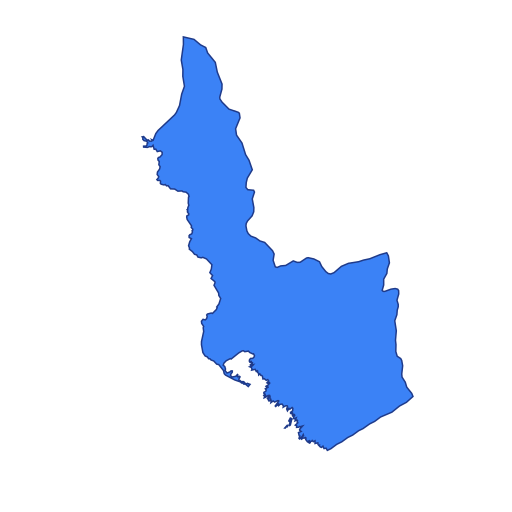 outline of Sabana de la Mar, Hato Mayor, Dominican Republic, rotated 227°
{"feature_id": "3306468B29734552826956", "entity_name": "Sabana de la Mar", "entity_type": "district", "adm_level": 2, "iso_a3": "DOM", "parent_name": "Dominican Republic", "parent_adm1": "Hato Mayor", "projection": "equal_earth", "projection_center": [-69.405, 19.01], "detail": "fine", "context": "isolated", "style": "filled", "palette": "blue", "viewbox_px": 512, "rotation_deg": 227, "n_neighbors": 0, "source": "geoboundaries", "source_scale": "gbopen_adm2", "svg_char_len": 6102}
<svg xmlns="http://www.w3.org/2000/svg" viewBox="0 0 512 512"><g transform="rotate(227 256 256)"><path d="M412.1,259.1L411.4,259.0L411.1,258.1L412.5,256.5L414.2,256.5L414.2,255.9L416.3,255.3L420.0,255.3L420.7,254.0L419.7,254.0L418.6,252.8L416.7,252.8L414.6,254.3L412.5,254.0L412.5,253.1L411.4,251.8L411.4,250.6L413.0,248.7L412.3,248.1L409.5,250.6L408.6,252.8L407.4,253.7L407.0,254.7L407.2,256.2L403.5,254.3L402.5,255.6L399.7,255.0L398.1,257.8L395.8,258.1L394.2,256.5L393.9,253.1L394.6,251.8L394.2,250.6L392.8,249.7L391.1,249.7L389.0,247.2L386.7,246.8L385.3,244.7L384.6,241.2L383.0,239.3L380.4,239.0L379.7,237.8L379.5,235.6L378.3,235.6L376.9,237.2L375.8,237.2L374.4,235.6L373.2,235.6L370.7,237.2L370.2,238.4L368.3,238.4L367.4,239.7L363.4,239.3L360.4,242.2L356.7,243.1L354.1,246.2L352.7,246.5L350.4,248.4L347.2,248.7L345.1,247.5L345.1,246.8L340.9,242.5L339.0,241.5L337.6,238.7L336.7,238.1L336.9,237.2L335.3,236.8L335.1,235.9L332.7,235.6L332.0,234.7L332.5,232.8L331.8,231.9L329.7,230.6L322.0,229.4L321.1,228.1L318.8,228.1L318.1,227.5L318.1,226.5L316.9,225.9L316.0,224.0L316.7,222.2L316.5,220.9L315.1,219.7L312.7,220.6L311.6,217.2L309.5,213.7L307.2,212.8L306.5,211.9L302.5,212.5L299.2,212.2L297.2,213.4L294.8,212.8L292.0,214.7L291.3,216.2L287.6,217.8L279.7,217.8L276.9,214.4L275.3,210.9L271.3,210.9L270.2,207.8L265.3,208.4L264.4,207.8L263.2,205.3L254.4,203.4L252.5,201.9L249.0,201.2L246.2,196.2L245.5,192.5L244.8,192.5L243.9,190.6L243.7,185.0L244.8,184.4L246.7,180.9L246.5,179.7L245.1,179.1L243.9,177.2L243.9,175.3L245.8,174.1L245.5,171.6L243.7,170.3L240.2,169.7L239.5,168.4L236.5,166.3L230.6,157.8L228.3,155.6L221.6,151.3L217.6,150.6L215.3,151.6L213.2,151.3L212.3,152.2L210.6,152.2L208.1,153.5L203.7,153.5L202.0,154.7L194.4,154.1L191.6,152.5L189.7,152.5L179.9,155.9L174.4,158.8L173.0,158.8L172.0,159.7L170.6,159.7L169.5,160.9L165.8,161.3L166.2,164.1L168.8,162.8L169.2,161.3L172.5,161.3L174.4,159.4L175.8,159.4L176.2,158.8L177.6,159.4L178.5,161.9L179.2,161.9L179.9,160.3L180.9,160.3L181.3,161.6L182.0,161.6L181.8,159.1L183.9,155.9L186.0,155.9L186.7,156.9L187.2,159.4L188.1,160.3L189.0,159.4L189.0,157.8L190.2,155.0L193.4,155.3L194.1,156.6L196.5,157.8L198.5,157.5L199.5,159.4L199.7,162.8L198.5,167.2L197.6,167.5L196.9,177.2L196.0,181.2L195.3,182.2L193.7,182.5L191.6,185.6L189.7,185.6L186.5,186.9L186.2,187.5L184.1,186.9L183.4,185.6L183.4,183.7L184.8,182.2L184.6,180.6L183.7,179.4L182.7,179.4L182.0,181.2L182.0,179.4L180.4,180.6L179.7,179.7L180.2,179.1L180.2,177.5L179.7,177.5L178.3,180.0L178.1,178.4L179.2,175.9L177.6,176.6L176.0,175.9L175.5,175.0L173.7,178.1L171.6,177.5L171.3,178.7L170.6,178.7L170.4,177.8L168.3,177.8L167.2,176.9L167.2,178.4L165.3,178.1L164.8,178.7L163.7,178.7L161.3,177.2L160.6,178.4L158.1,178.7L157.6,180.3L156.0,180.0L155.8,177.5L154.8,177.8L154.4,179.4L153.7,179.4L153.4,176.9L153.9,174.4L153.2,174.4L152.7,175.6L151.8,175.3L152.5,172.2L151.1,172.2L150.4,170.9L150.9,168.8L150.2,168.1L148.8,168.4L148.8,166.6L147.4,166.6L146.7,165.3L146.2,166.6L147.2,167.8L146.0,167.8L145.8,169.7L144.8,170.9L143.9,170.6L144.4,169.1L144.1,167.2L143.4,167.2L143.0,168.4L142.5,166.9L141.1,166.6L140.6,167.8L141.3,169.1L139.7,168.4L138.6,166.9L138.3,169.7L136.5,170.0L135.5,173.1L134.8,173.8L134.4,173.8L133.2,167.8L132.5,167.8L132.7,171.6L132.3,171.6L132.0,170.3L131.1,170.3L131.1,172.5L129.9,174.1L127.6,173.8L126.9,172.8L126.2,175.6L125.3,176.6L124.6,176.6L123.2,174.1L121.3,173.4L121.6,174.7L122.3,174.7L122.3,176.2L120.9,176.2L120.6,179.1L119.5,179.1L117.8,177.2L118.1,174.7L117.6,174.1L117.2,174.1L117.2,175.6L116.2,175.6L116.0,174.7L114.8,175.3L114.8,174.1L114.1,173.8L113.7,175.9L113.0,175.6L112.7,173.8L111.6,172.8L110.9,172.8L110.2,175.0L108.8,172.2L108.1,174.1L107.2,174.1L106.5,172.8L105.5,172.8L105.5,169.4L104.1,170.0L103.0,168.8L101.6,170.6L101.6,171.6L100.9,172.2L99.9,171.6L100.4,173.1L99.9,174.1L99.5,169.7L98.8,169.1L96.9,169.4L97.9,166.6L95.1,165.0L94.4,165.3L93.4,163.1L92.5,163.1L92.5,166.9L93.2,168.8L92.3,168.4L92.0,166.6L91.3,165.9L91.6,164.4L90.9,164.4L90.9,166.3L89.9,166.9L89.9,168.1L89.5,168.4L88.8,168.4L87.9,167.2L85.1,166.9L84.6,169.1L83.9,169.1L84.4,167.2L82.7,167.5L82.5,168.4L83.2,169.1L82.5,170.6L82.7,171.3L81.1,171.3L80.6,173.1L78.6,171.3L77.2,173.8L75.8,172.8L74.6,172.8L74.4,173.4L73.9,172.8L72.5,172.8L71.3,173.4L71.3,175.3L68.8,174.4L67.6,176.2L65.2,175.6L64.0,179.3L63.2,186.6L61.6,192.0L60.7,199.3L59.1,204.6L58.2,212.0L56.8,216.5L55.7,224.6L54.1,230.0L53.3,237.3L49.1,248.9L48.4,258.7L46.4,266.2L46.2,275.0L49.3,276.2L57.3,276.8L61.9,279.1L67.8,280.2L70.3,282.1L75.7,288.4L80.2,291.3L82.3,291.9L86.4,290.9L90.8,293.1L95.7,297.9L99.2,300.5L105.6,307.6L114.0,313.3L117.0,319.0L120.1,322.4L121.9,325.4L123.6,327.0L127.5,328.9L130.9,334.5L133.4,336.7L135.1,337.0L137.3,335.6L139.7,332.1L142.3,326.0L143.4,324.9L144.8,324.8L147.7,329.6L152.0,333.6L154.0,339.8L157.0,343.2L160.0,348.9L165.8,352.9L169.2,353.8L172.4,347.6L176.4,337.3L179.7,331.8L181.8,327.2L187.6,318.6L190.2,311.4L190.6,301.7L191.9,298.4L193.9,296.9L197.0,296.4L203.5,296.9L208.5,298.5L214.4,296.3L219.2,293.0L220.1,291.5L221.3,284.0L223.2,281.8L227.0,279.9L228.8,271.3L231.9,267.3L233.2,263.7L234.9,262.7L241.2,265.6L245.1,270.6L248.6,271.7L260.0,271.6L264.4,269.1L269.4,268.1L274.0,265.8L277.6,265.6L280.5,266.4L284.9,269.2L286.5,271.1L287.4,273.8L288.0,280.5L289.9,284.5L292.8,287.4L300.3,292.2L303.8,298.5L305.7,299.1L310.1,295.2L313.0,295.4L316.4,299.0L318.9,302.8L321.6,312.1L330.8,316.2L337.2,317.5L348.2,322.8L357.7,324.2L363.0,327.9L367.9,338.5L371.8,341.2L373.3,341.0L381.8,336.4L391.8,336.1L395.5,336.7L396.9,337.8L401.3,344.9L404.9,348.4L416.9,353.1L425.4,358.3L437.5,359.1L442.7,361.4L448.4,359.4L456.7,358.4L465.8,352.3L460.2,347.2L450.3,335.0L442.2,329.7L437.3,325.0L428.9,319.4L425.1,312.1L418.2,302.7L415.3,295.7L414.7,292.7L414.6,270.0L413.9,266.3L410.8,259.7L412.1,259.1ZM113.0,167.5L112.3,167.5L112.5,169.1L112.0,170.9L112.5,171.3L114.1,170.6L113.0,167.5ZM109.7,165.0L109.0,165.0L109.0,165.9L110.9,168.8L110.9,167.2L109.7,165.0ZM110.6,159.7L110.2,160.0L110.4,161.6L109.7,162.5L110.4,163.8L110.9,163.4L110.6,159.7Z" fill="#3b82f6" stroke="#1e3a8a" stroke-width="1.5"/></g></svg>